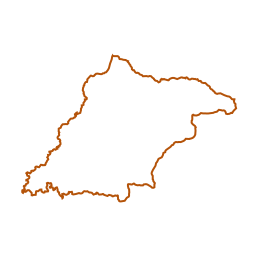 outline of Santa Cruz (Guachavés), Nariño, Colombia, rotated 267°
{"feature_id": "7082276B62156244785095", "entity_name": "Santa Cruz (Guachavés)", "entity_type": "district", "adm_level": 2, "iso_a3": "COL", "parent_name": "Colombia", "parent_adm1": "Nariño", "projection": "orthographic", "projection_center": [-77.738, 1.278], "detail": "fine", "context": "isolated", "style": "outline", "palette": "amber", "viewbox_px": 256, "rotation_deg": 267, "n_neighbors": 0, "source": "geoboundaries", "source_scale": "gbopen_adm2", "svg_char_len": 5693}
<svg xmlns="http://www.w3.org/2000/svg" viewBox="0 0 256 256"><g transform="rotate(267 128 128)"><path d="M200.9,116.7L200.5,116.4L200.8,116.3L200.3,116.0L197.4,115.3L193.3,113.5L188.8,112.1L187.0,111.0L184.8,109.1L184.6,107.8L183.9,107.0L183.9,105.7L183.2,104.7L183.2,103.6L183.9,100.4L183.8,98.9L182.9,98.0L182.9,97.6L181.8,96.8L181.6,96.3L181.6,95.2L182.2,94.0L182.2,93.4L178.7,89.9L177.7,89.9L176.1,89.4L176.2,88.5L175.6,87.7L174.0,86.7L173.0,86.6L172.7,86.0L171.6,85.9L170.7,85.3L168.0,84.8L166.1,85.7L164.6,85.4L164.1,85.9L162.3,86.1L160.2,88.4L159.1,88.3L158.7,87.8L158.8,86.4L157.1,86.3L155.4,84.8L153.5,84.8L153.0,83.9L153.0,83.0L151.2,83.0L149.6,82.0L148.4,82.0L145.6,81.1L144.5,77.7L145.1,77.3L145.8,77.7L146.1,77.7L146.0,77.4L144.5,75.7L143.7,75.8L142.8,76.7L142.4,76.5L142.0,75.8L141.3,75.4L141.2,74.6L140.6,73.9L140.3,72.8L140.4,71.6L139.8,70.7L137.3,68.5L135.9,68.6L135.0,67.5L135.2,66.0L135.1,62.9L133.7,61.6L131.8,60.8L131.0,58.8L128.2,58.6L127.2,59.2L126.5,58.7L124.4,58.9L122.9,57.4L121.9,57.1L120.8,57.6L120.3,58.9L119.9,59.4L118.8,59.7L118.1,59.2L117.2,59.7L115.5,59.8L114.7,59.1L113.8,58.8L113.9,58.2L113.4,57.4L112.4,57.5L112.4,57.1L112.9,56.5L112.8,56.0L112.1,55.6L111.3,56.3L111.0,56.3L111.1,55.6L110.1,54.6L110.7,53.2L110.1,52.0L109.4,51.8L109.0,51.2L108.5,48.2L108.2,48.2L107.8,49.3L107.2,49.3L105.8,48.7L105.7,48.1L104.9,47.4L105.1,46.8L104.3,46.9L102.9,45.8L101.9,46.5L100.8,46.7L99.7,45.6L98.3,44.9L97.0,43.9L96.1,43.8L95.4,43.4L95.2,43.0L95.4,42.3L95.2,41.1L95.6,40.4L95.8,39.1L93.5,37.2L93.8,35.8L94.3,35.0L94.2,34.0L93.6,33.3L92.5,33.6L91.5,33.3L90.1,31.2L90.4,30.3L90.2,29.2L89.9,29.1L89.1,29.2L87.8,27.8L87.8,27.5L88.4,27.0L88.4,26.4L89.0,25.3L88.4,24.2L88.0,24.1L87.4,24.8L86.6,24.7L85.6,25.0L85.1,26.7L84.5,26.9L83.5,26.9L83.1,26.7L81.8,24.9L81.6,23.8L80.9,23.7L80.7,25.0L79.8,25.5L78.8,25.5L77.9,24.8L77.5,23.4L75.8,22.6L75.8,21.5L75.5,21.0L75.2,20.9L74.4,21.4L73.0,21.2L72.4,21.7L71.7,21.8L71.1,21.2L71.5,19.8L71.3,19.2L69.6,19.0L68.8,19.5L68.7,19.7L69.4,19.9L70.1,20.6L70.0,21.2L69.6,21.8L69.7,22.5L70.0,23.2L71.1,24.2L71.1,25.7L70.8,26.2L68.2,28.4L65.9,28.3L65.7,29.1L66.1,30.1L66.1,32.3L69.5,32.9L69.7,33.2L69.6,35.0L71.1,37.0L71.1,38.3L69.1,38.4L67.9,40.1L68.0,41.3L69.1,41.8L68.8,43.4L68.9,44.8L69.5,45.0L72.6,43.5L73.4,43.6L75.1,44.5L77.1,44.1L77.4,44.7L77.4,45.5L76.6,46.9L77.0,48.0L76.5,48.4L74.8,48.7L74.1,48.1L73.3,46.8L72.6,46.8L72.4,47.4L72.8,48.9L72.5,49.7L71.7,50.0L70.1,50.1L69.8,50.5L70.6,51.9L71.6,52.0L71.9,52.3L72.4,53.5L72.4,53.9L70.3,54.5L69.8,54.3L68.5,54.7L68.1,54.6L67.3,55.8L66.3,55.7L65.1,56.1L63.5,57.4L62.7,58.5L61.3,58.8L61.7,59.3L63.1,59.5L65.4,58.8L65.8,60.3L64.8,61.8L64.5,63.0L65.7,65.5L66.8,65.3L67.3,65.7L67.0,67.1L67.2,68.6L66.6,68.8L65.0,68.8L64.5,69.8L64.8,72.4L65.6,75.7L65.1,76.8L65.1,78.1L65.4,79.0L66.7,80.2L67.2,81.0L66.8,82.8L67.0,84.1L65.6,86.0L65.6,87.0L65.2,88.5L63.3,90.1L63.9,91.9L63.8,92.5L64.8,92.9L65.1,93.5L64.6,94.4L63.4,95.1L63.0,95.8L63.1,98.6L63.4,99.1L63.3,99.9L62.5,100.6L61.2,103.9L62.2,105.6L61.4,108.2L60.7,108.7L60.5,109.3L61.3,111.7L60.9,112.8L61.2,114.0L61.0,114.3L57.3,114.4L56.4,115.2L55.5,115.4L55.1,116.2L55.1,117.5L55.5,120.9L58.4,123.2L59.4,125.1L60.2,125.5L62.2,125.6L63.6,125.9L66.8,125.9L67.8,125.3L70.1,124.9L71.6,125.0L71.9,125.3L71.8,127.1L71.4,128.1L71.4,129.1L72.2,130.7L72.1,131.3L71.0,132.3L70.3,134.5L70.4,136.7L70.0,137.6L69.9,139.3L69.9,139.9L70.8,140.7L71.0,143.0L70.5,144.5L68.5,147.5L67.1,149.0L67.0,150.5L67.5,151.3L70.5,151.4L70.9,151.8L71.6,151.9L73.4,150.6L75.3,150.3L75.5,150.0L78.9,150.2L80.4,149.4L81.4,149.2L82.6,149.5L85.0,150.8L88.9,153.5L91.5,154.2L92.7,155.3L95.6,156.9L97.0,160.2L99.0,161.4L101.3,162.1L101.9,163.9L103.3,164.2L104.1,165.0L106.9,169.4L108.5,170.9L108.9,172.3L110.7,173.4L111.0,173.9L111.5,175.1L111.2,177.2L111.4,177.8L111.2,179.6L111.3,180.3L112.2,182.9L113.1,184.2L114.2,185.1L113.8,188.7L114.1,189.3L114.1,190.0L114.7,192.0L116.0,193.7L117.8,194.8L121.8,195.3L124.6,195.2L125.1,195.7L126.5,195.0L128.4,192.8L129.9,191.8L132.0,192.0L132.4,192.4L133.6,192.7L136.8,192.8L137.4,193.0L137.8,193.6L137.8,194.1L137.2,194.6L136.9,197.0L137.5,199.4L139.1,201.6L138.7,203.5L138.3,208.8L138.7,214.0L139.2,215.1L139.6,217.6L141.4,219.7L140.9,222.1L140.5,223.0L140.6,224.6L140.2,225.4L139.3,226.1L137.1,226.7L136.7,228.0L136.9,230.1L137.8,231.9L137.5,232.5L137.5,232.8L139.7,234.4L142.0,237.0L144.6,236.4L146.3,236.6L147.6,235.5L149.3,235.2L151.1,235.8L151.2,235.5L151.1,234.2L151.4,233.3L153.5,231.6L154.1,230.7L154.5,228.8L155.8,225.8L157.8,222.2L157.7,219.8L157.4,218.8L158.1,217.3L158.8,216.5L159.8,216.2L160.4,215.2L161.9,214.1L162.4,213.0L163.5,212.1L165.0,211.8L166.1,210.6L166.3,209.8L168.2,208.3L169.0,207.3L168.9,206.0L169.5,204.2L170.0,203.6L170.9,203.3L171.2,202.9L171.3,201.0L173.1,200.0L172.8,198.9L173.5,197.6L173.4,196.5L173.8,195.5L173.9,194.2L173.2,192.7L173.3,191.6L174.2,190.4L174.9,190.1L175.5,189.2L175.2,188.3L174.6,188.0L175.2,186.8L175.2,185.6L175.7,184.6L175.7,183.6L174.3,179.7L175.6,176.5L175.7,174.8L175.1,172.9L174.4,171.7L173.7,171.3L173.5,170.7L174.6,167.4L174.9,166.9L174.7,166.6L175.0,165.8L174.6,165.3L175.2,164.4L174.8,164.1L174.9,163.6L174.6,163.2L173.1,162.8L172.3,162.0L172.0,160.9L173.5,159.5L173.7,158.3L174.2,157.4L174.7,157.2L175.3,156.5L175.9,156.4L177.1,154.9L178.5,153.7L178.8,152.4L178.4,150.9L178.9,149.1L178.9,145.6L180.0,144.8L181.0,142.4L182.0,141.8L182.7,140.5L182.5,139.8L182.7,138.9L183.4,138.1L185.4,137.0L185.4,136.1L186.0,135.6L186.4,135.0L188.2,135.0L189.9,133.7L190.8,133.6L191.5,132.8L192.4,132.6L194.0,131.3L194.7,131.6L195.4,130.0L196.0,129.3L196.4,126.8L197.0,125.4L197.3,123.2L199.4,122.5L200.3,121.5L200.5,117.9L200.9,116.7Z" fill="none" stroke="#b45309" stroke-width="2"/></g></svg>